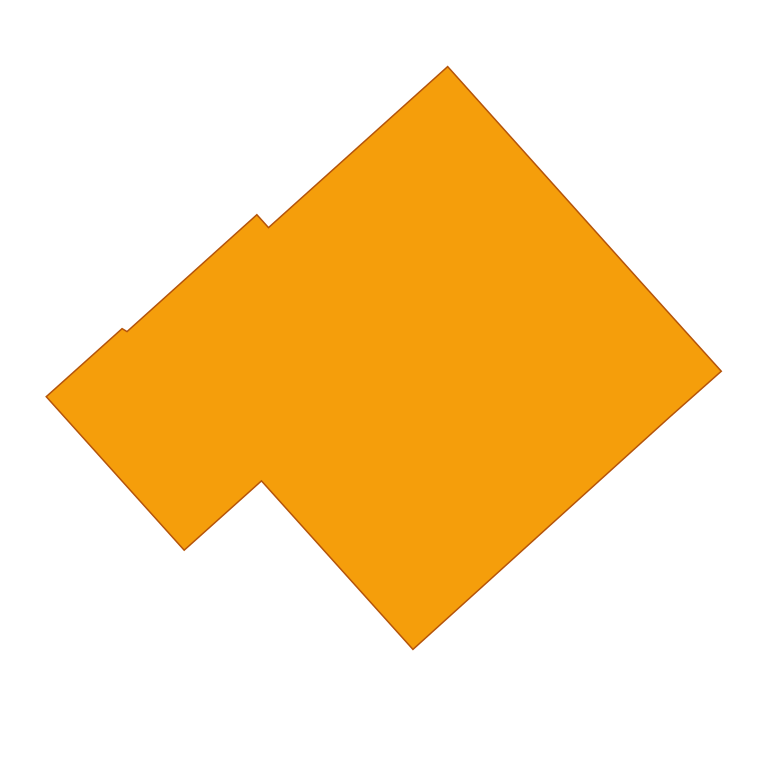 Jackson, Kansas, United States of America (Mercator projection), rotated 228°
{"feature_id": "52423323B12830113824680", "entity_name": "Jackson", "entity_type": "district", "adm_level": 2, "iso_a3": "USA", "parent_name": "United States of America", "parent_adm1": "Kansas", "projection": "mercator", "projection_center": [-95.775, 39.435], "detail": "fine", "context": "isolated", "style": "filled", "palette": "amber", "viewbox_px": 768, "rotation_deg": 228, "n_neighbors": 0, "source": "geoboundaries", "source_scale": "gbopen_adm2", "svg_char_len": 327}
<svg xmlns="http://www.w3.org/2000/svg" viewBox="0 0 768 768"><g transform="rotate(228 384 384)"><path d="M167.4,227.9L168.3,574.3L167.8,643.2L287.4,643.1L577.3,643.7L577.5,402.8L594.9,402.8L594.9,228.1L600.4,226.4L600.6,124.5L394.2,124.3L394.0,228.1L167.4,227.9Z" fill="#f59e0b" stroke="#b45309" stroke-width="1.5"/></g></svg>